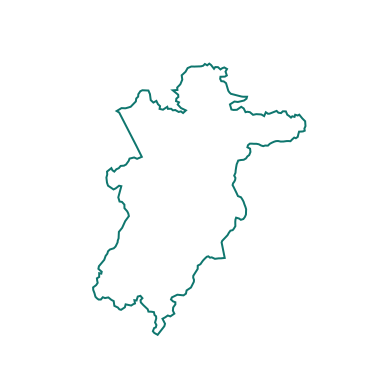 outline of Jaguari, Rio Grande do Sul, Brazil, rotated 334°
{"feature_id": "56859067B1687281772435", "entity_name": "Jaguari", "entity_type": "district", "adm_level": 2, "iso_a3": "BRA", "parent_name": "Brazil", "parent_adm1": "Rio Grande do Sul", "projection": "natural_earth1", "projection_center": [-54.631, -29.469], "detail": "fine", "context": "isolated", "style": "outline", "palette": "teal", "viewbox_px": 384, "rotation_deg": 334, "n_neighbors": 0, "source": "geoboundaries", "source_scale": "gbopen_adm2", "svg_char_len": 3948}
<svg xmlns="http://www.w3.org/2000/svg" viewBox="0 0 384 384"><g transform="rotate(334 192 192)"><path d="M270.1,91.2L267.7,89.9L265.8,90.9L264.8,86.2L263.8,84.2L261.2,84.8L259.7,82.6L257.4,83.4L255.2,83.0L249.3,80.4L246.3,78.9L242.4,78.7L238.9,81.1L233.9,82.6L232.5,86.8L228.7,90.1L224.5,91.6L223.6,93.9L219.3,92.2L222.2,98.5L221.4,100.6L218.9,101.2L217.5,103.3L219.6,105.7L217.5,107.1L218.9,111.7L222.3,116.0L218.6,117.1L217.4,114.7L215.1,114.2L212.9,111.0L210.6,110.2L209.8,108.1L206.8,106.7L207.1,104.6L202.0,105.3L199.3,103.1L200.9,100.8L199.9,98.2L199.9,94.5L196.5,94.7L195.2,91.3L197.1,85.6L197.3,81.7L192.0,78.8L189.7,78.8L186.6,80.6L185.4,82.7L182.9,83.5L181.2,86.0L174.3,88.5L172.2,88.2L168.9,87.6L165.4,85.7L159.8,86.2L161.4,88.7L162.2,125.8L162.3,138.4L157.2,138.1L155.1,135.6L150.5,134.6L148.7,136.3L144.8,138.4L142.4,138.5L139.3,137.3L136.6,138.5L134.0,138.4L131.1,139.6L130.0,137.6L130.0,135.2L124.6,136.4L123.5,139.1L121.4,141.5L119.7,146.3L119.3,149.5L122.6,155.3L125.0,155.3L129.2,154.4L131.0,155.8L123.4,164.5L122.7,168.8L124.7,170.2L125.7,173.7L124.2,176.9L125.3,181.0L125.3,183.4L124.7,186.0L119.2,188.9L113.5,193.6L108.8,195.8L105.7,201.5L104.1,203.0L103.0,204.7L99.4,207.5L97.0,208.3L93.0,207.7L90.5,208.5L88.9,210.3L86.3,211.6L83.4,214.5L75.8,217.9L74.2,220.0L75.0,222.1L75.9,224.1L74.7,225.6L73.0,224.3L71.3,227.7L68.7,227.9L67.9,230.2L67.4,232.3L65.0,233.7L61.3,234.4L60.3,236.7L60.0,240.1L59.3,243.8L59.9,245.8L60.9,247.7L62.9,248.7L65.7,247.5L67.3,249.2L70.6,250.1L72.3,253.7L73.8,255.7L72.3,260.3L74.7,263.3L75.3,265.6L76.6,266.8L81.1,266.2L83.1,263.9L85.3,265.6L87.6,267.4L89.9,267.1L91.9,267.2L92.8,264.0L94.6,265.2L97.4,262.2L100.1,262.7L100.9,265.7L98.3,266.7L97.6,268.8L98.7,272.4L100.8,278.0L100.4,280.4L103.2,281.9L105.1,283.3L104.4,286.1L105.2,288.0L104.4,290.0L101.6,293.1L101.7,296.0L100.1,297.8L98.3,297.7L95.8,300.0L96.3,302.1L98.5,305.3L108.3,300.5L110.0,298.6L109.9,293.0L112.9,292.9L116.1,292.4L118.0,294.3L122.8,293.6L122.8,290.3L124.5,287.5L127.8,285.7L128.7,283.8L127.0,282.0L126.0,279.4L127.7,277.9L133.8,277.9L139.1,281.2L142.0,280.7L144.0,278.1L149.2,277.4L154.3,273.5L155.3,271.8L155.5,269.6L156.4,267.9L163.4,263.6L164.9,260.7L167.9,260.6L170.2,259.3L171.9,258.4L174.3,257.5L176.9,256.7L178.5,257.0L179.4,258.9L181.1,259.4L183.3,262.1L187.1,263.4L189.2,264.4L192.5,265.6L196.5,250.3L197.8,249.1L205.0,246.4L207.3,244.8L209.6,243.6L211.8,244.1L213.4,243.4L216.0,241.7L217.8,237.8L219.0,235.8L220.4,234.4L222.7,236.5L223.7,238.4L226.3,238.8L228.6,237.6L230.6,235.9L233.1,231.2L233.5,228.7L233.7,226.2L234.1,223.2L234.0,220.6L233.7,218.2L231.5,215.8L231.6,212.2L231.6,209.0L231.6,205.7L231.5,203.6L232.7,202.2L234.6,201.2L236.1,200.0L237.2,198.4L237.1,195.8L239.5,193.8L240.8,191.6L242.6,189.0L244.3,186.7L245.8,185.4L247.3,184.0L249.7,184.6L252.6,185.7L255.3,185.5L257.4,184.3L259.6,183.9L262.1,181.6L263.2,178.5L261.4,176.1L262.8,174.5L265.1,173.9L267.0,174.8L268.9,175.9L271.0,176.9L273.0,178.4L274.5,180.5L276.1,182.0L278.1,182.3L280.6,183.6L283.0,182.8L285.3,182.7L288.0,182.8L289.8,183.1L291.7,183.9L293.9,185.6L296.3,186.7L299.6,187.8L301.2,188.6L302.8,189.5L304.9,188.7L307.7,187.9L308.9,189.2L311.2,188.8L312.9,186.7L314.7,184.7L316.5,185.5L318.3,186.2L320.2,186.3L320.8,184.3L322.9,182.5L324.7,178.0L323.4,174.2L322.3,169.5L320.6,169.6L318.6,167.8L317.1,169.4L315.3,167.9L313.6,168.5L312.6,166.2L311.5,164.3L311.7,160.7L309.0,159.3L306.6,160.1L304.4,158.6L303.6,156.2L296.1,155.6L294.6,155.0L293.3,152.7L290.1,155.4L288.3,152.7L283.9,150.2L280.7,149.4L279.0,145.6L277.0,144.2L275.1,143.7L275.1,139.6L273.6,137.0L268.4,137.8L265.2,136.4L263.6,135.1L264.5,129.9L269.8,129.3L272.7,131.2L278.9,132.6L281.9,132.0L283.2,130.5L279.7,128.8L278.1,127.7L270.0,120.8L269.3,118.9L269.0,116.9L270.3,109.1L269.0,106.5L266.9,105.2L266.9,102.7L268.1,100.9L272.1,102.7L274.4,102.5L274.9,98.5L277.4,96.8L275.6,94.2L273.5,94.0L271.3,94.3L270.1,91.2Z" fill="none" stroke="#0f766e" stroke-width="2"/></g></svg>